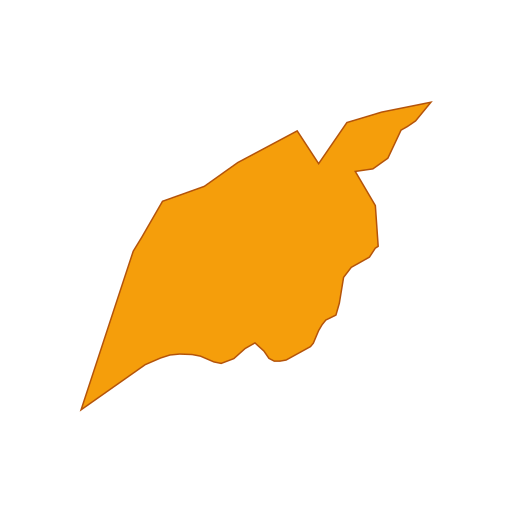 the District of Ntoroko, rotated 197°
{"feature_id": "UGA-5610", "entity_name": "Ntoroko", "entity_type": "District", "adm_level": 1, "iso_a3": "UGA", "parent_name": "Uganda", "parent_adm1": "", "projection": "mercator", "projection_center": [30.315, 1.025], "detail": "fine", "context": "isolated", "style": "filled", "palette": "amber", "viewbox_px": 512, "rotation_deg": 197, "n_neighbors": 0, "source": "natural_earth", "source_scale": "10m", "svg_char_len": 758}
<svg xmlns="http://www.w3.org/2000/svg" viewBox="0 0 512 512"><g transform="rotate(197 256 256)"><path d="M279.8,144.0L288.3,143.1L300.4,139.9L309.3,136.2L317.4,130.6L330.2,119.7L378.3,57.8L376.0,169.1L374.8,224.7L370.7,240.6L361.4,281.0L325.8,307.5L300.7,340.1L253.2,387.7L223.1,362.6L208.1,410.2L178.0,430.3L133.7,454.2L142.9,431.8L148.9,424.3L154.1,418.8L158.5,388.1L169.7,373.5L185.8,365.9L156.6,339.1L142.0,301.0L142.2,300.7L144.2,298.4L147.2,288.1L161.6,273.0L166.0,261.2L162.5,235.2L162.3,222.9L170.5,215.2L172.7,209.7L174.3,203.1L175.7,189.4L177.4,185.3L196.8,165.3L202.3,162.5L207.8,160.8L213.7,161.9L220.6,167.4L231.6,172.6L239.4,164.3L247.2,151.4L257.9,143.1L265.3,142.4L279.8,144.0Z" fill="#f59e0b" stroke="#b45309" stroke-width="1.5"/></g></svg>